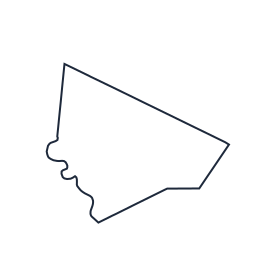 the district of São Bernardo, Maranhão, Brazil, rotated 65°
{"feature_id": "56859067B43626889758943", "entity_name": "São Bernardo", "entity_type": "district", "adm_level": 2, "iso_a3": "BRA", "parent_name": "Brazil", "parent_adm1": "Maranhão", "projection": "mercator", "projection_center": [-42.405, -3.29], "detail": "fine", "context": "isolated", "style": "outline", "palette": "slate", "viewbox_px": 256, "rotation_deg": 65, "n_neighbors": 0, "source": "geoboundaries", "source_scale": "gbopen_adm2", "svg_char_len": 1106}
<svg xmlns="http://www.w3.org/2000/svg" viewBox="0 0 256 256"><g transform="rotate(65 128 128)"><path d="M185.7,43.5L182.0,45.9L155.7,67.2L149.4,72.3L112.6,102.1L94.3,116.9L82.1,126.8L80.9,127.8L65.6,140.3L64.4,141.2L43.1,158.5L62.3,169.9L75.7,177.8L78.2,179.3L91.3,187.1L97.9,191.0L102.6,193.8L105.8,195.7L107.3,195.8L109.0,197.0L109.3,199.1L108.8,204.3L109.1,205.8L110.3,208.0L114.9,211.6L117.7,212.3L119.7,212.5L121.2,212.4L123.3,211.2L125.7,209.2L127.8,206.3L128.8,204.5L129.9,201.6L130.9,200.0L132.6,199.0L134.8,198.8L136.5,198.9L138.1,199.7L139.0,200.6L138.8,204.9L139.3,206.5L141.4,207.6L144.9,207.9L146.8,207.0L148.5,204.8L149.7,201.4L149.7,199.0L149.3,196.4L150.9,195.7L152.8,196.0L155.3,197.1L157.7,198.3L159.2,198.5L161.9,197.9L164.5,197.2L166.6,196.2L169.0,194.7L173.4,191.2L175.0,190.4L176.2,190.1L179.1,190.4L180.5,191.0L182.0,191.9L183.6,193.2L187.0,196.6L188.0,197.3L190.0,198.3L191.4,198.5L192.7,198.4L201.2,194.8L200.8,179.4L200.8,175.9L200.3,156.7L200.2,152.3L199.5,120.8L199.5,118.1L212.9,89.0L204.4,74.8L201.8,70.4L185.7,43.5Z" fill="none" stroke="#1e293b" stroke-width="2"/></g></svg>